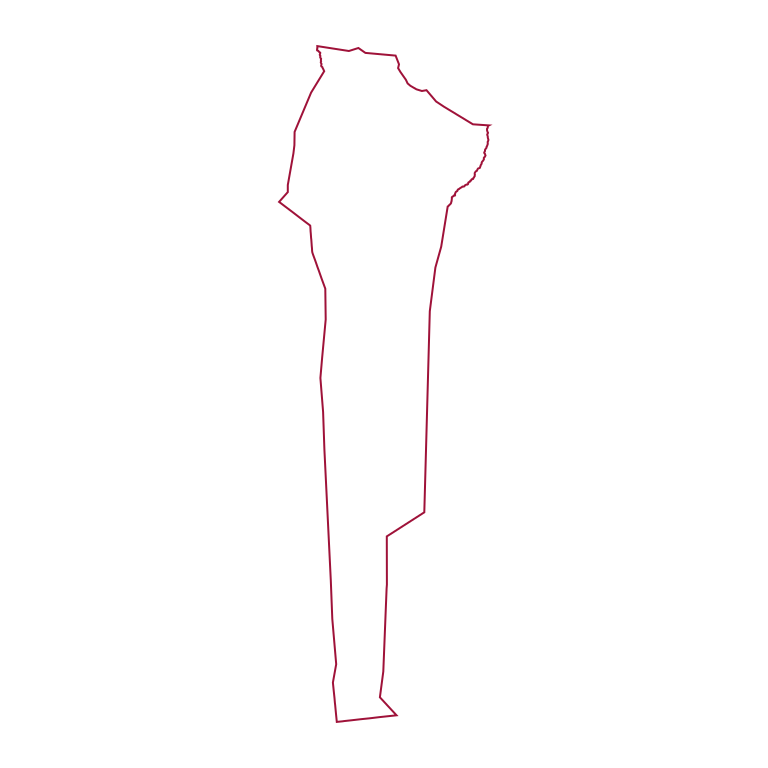 outline of Cogt, Govi-Altay, Mongolia
{"feature_id": "93677404B32157357652115", "entity_name": "Cogt", "entity_type": "district", "adm_level": 2, "iso_a3": "MNG", "parent_name": "Mongolia", "parent_adm1": "Govi-Altay", "projection": "orthographic", "projection_center": [96.826, 44.224], "detail": "fine", "context": "isolated", "style": "outline", "palette": "rose", "viewbox_px": 768, "rotation_deg": 0, "n_neighbors": 0, "source": "geoboundaries", "source_scale": "gbopen_adm2", "svg_char_len": 3543}
<svg xmlns="http://www.w3.org/2000/svg" viewBox="0 0 768 768"><path d="M332.9,682.6L333.8,691.5L334.5,698.1L334.9,702.8L335.2,705.4L335.4,707.6L336.0,713.9L336.8,721.9L342.7,721.3L343.9,721.1L351.3,720.3L360.9,719.2L369.7,718.3L378.8,717.2L396.5,715.3L379.9,697.3L383.3,671.5L386.6,588.5L386.9,584.7L386.8,536.4L424.3,512.3L429.8,311.2L435.4,267.5L441.2,246.7L447.7,206.5L448.4,206.1L449.0,205.3L449.7,204.7L450.6,203.8L451.1,203.0L451.2,202.1L451.5,201.6L451.5,201.0L451.7,200.3L451.8,198.9L451.9,198.2L451.8,197.7L451.9,197.2L452.2,196.9L452.6,196.6L453.1,196.4L453.4,196.1L453.7,195.6L454.2,195.6L454.8,195.6L455.1,195.1L454.9,194.4L455.1,193.6L455.4,192.9L455.6,192.3L456.0,191.8L456.7,191.4L457.1,191.1L457.3,190.7L457.5,190.6L457.6,190.1L457.8,189.7L458.4,189.2L458.9,189.1L459.3,188.8L459.7,188.4L460.1,188.2L460.8,187.7L461.2,187.5L461.8,187.2L462.1,186.8L462.4,186.6L462.8,186.5L463.2,186.5L463.5,186.6L463.9,186.5L464.4,186.3L464.6,185.9L464.8,185.5L465.4,185.1L466.0,184.8L466.5,184.5L466.8,184.5L467.3,184.6L467.7,184.4L468.0,184.1L468.2,183.6L468.2,182.9L468.5,182.4L469.0,182.1L469.4,181.9L469.7,181.8L469.9,181.7L470.1,181.2L470.3,180.8L470.5,180.6L471.0,180.6L471.2,180.4L471.4,179.9L471.6,179.4L472.1,179.1L473.0,179.0L473.3,178.5L473.3,178.1L473.9,177.5L474.2,176.9L474.7,176.2L474.7,175.3L474.9,174.7L474.7,174.1L474.7,173.5L474.8,172.8L475.3,172.1L475.7,171.5L476.2,171.1L476.8,170.9L477.1,170.3L477.4,169.6L477.7,169.0L478.1,168.5L479.0,168.2L479.7,168.0L480.1,167.2L480.3,166.4L480.5,166.1L480.6,165.5L480.7,165.2L480.8,165.0L481.0,164.7L481.3,164.4L481.5,163.8L481.7,163.3L481.7,162.5L482.2,161.6L482.9,160.9L483.4,160.2L483.9,159.3L483.8,158.0L484.3,157.2L484.8,156.9L485.2,156.1L485.5,155.5L485.3,155.0L485.2,154.8L485.1,154.2L484.9,153.8L484.5,153.4L484.3,153.0L484.2,152.7L484.4,152.1L484.8,151.5L485.0,150.9L485.0,150.2L485.1,149.7L485.5,149.0L485.9,148.6L486.5,147.7L486.5,147.0L487.0,146.1L487.2,145.6L487.8,143.9L487.7,143.4L487.7,142.5L487.7,141.8L488.0,141.3L488.3,140.4L488.4,139.9L488.3,139.4L487.8,137.7L487.8,136.9L487.7,136.2L487.4,135.4L487.2,134.6L487.3,134.3L487.5,134.1L487.6,133.7L487.9,133.2L488.0,132.7L487.5,131.9L487.2,130.8L487.0,130.0L487.1,128.6L487.6,128.0L487.8,127.2L487.8,126.4L488.3,125.7L488.7,125.5L488.9,125.4L472.9,124.3L444.1,106.8L436.1,101.5L426.5,90.2L421.9,91.0L416.4,89.3L410.4,85.8L407.6,83.4L405.9,79.8L400.5,72.1L398.1,68.1L399.0,64.3L395.6,55.6L365.4,52.9L358.4,48.0L348.9,51.0L317.3,46.1L317.3,46.3L317.5,46.5L317.6,46.9L317.3,47.4L317.4,48.1L317.1,48.9L317.1,49.4L317.0,50.1L317.4,50.6L318.0,50.7L318.3,50.8L318.6,51.3L319.1,51.9L319.6,52.3L320.2,52.6L320.2,53.2L320.1,53.8L319.8,54.4L319.8,54.9L319.9,55.2L320.2,55.6L320.4,56.0L320.3,56.4L320.2,56.9L320.2,57.2L320.2,57.4L320.5,58.0L320.8,58.3L321.1,58.7L321.1,59.0L320.9,59.7L320.9,60.4L321.0,60.8L321.1,61.3L320.9,61.7L320.8,62.2L320.8,62.6L321.2,63.4L321.5,63.9L321.4,64.7L321.2,65.5L321.2,65.9L321.4,66.4L322.0,66.8L322.4,67.2L322.6,67.9L323.4,69.4L323.9,70.6L324.2,71.2L311.1,92.6L294.6,131.9L294.4,145.3L293.4,153.5L287.8,185.0L287.8,192.1L279.1,201.9L296.6,215.2L298.8,216.9L302.2,219.5L305.6,222.1L309.1,224.7L310.2,225.6L310.4,227.6L310.6,231.6L310.8,233.7L311.1,238.0L311.3,239.6L311.7,245.2L311.7,245.5L312.0,248.6L312.1,250.8L312.3,252.3L312.7,253.6L313.7,256.4L315.0,259.9L316.2,263.3L317.5,267.1L318.8,270.6L320.2,274.6L321.6,278.6L325.3,288.7L325.7,319.5L322.1,358.2L320.4,378.0L323.1,412.0L324.4,449.5L330.8,580.4L332.3,619.0L336.2,664.2L332.9,682.6Z" fill="none" stroke="#9f1239" stroke-width="2"/></svg>